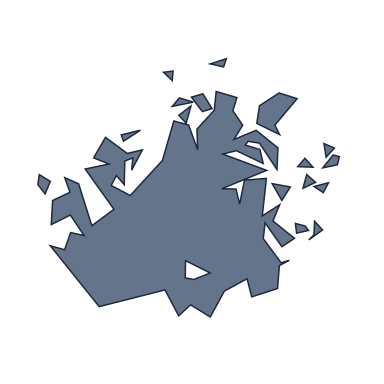 the border of South Jeolla, rotated 171°
{"feature_id": "KOR-2506", "entity_name": "South Jeolla", "entity_type": "Metropolitan City", "adm_level": 1, "iso_a3": "KOR", "parent_name": "South Korea", "parent_adm1": "", "projection": "albers", "projection_center": [126.652, 34.734], "detail": "medium", "context": "isolated", "style": "filled", "palette": "slate", "viewbox_px": 384, "rotation_deg": 171, "n_neighbors": 0, "source": "natural_earth", "source_scale": "10m", "svg_char_len": 1930}
<svg xmlns="http://www.w3.org/2000/svg" viewBox="0 0 384 384"><g transform="rotate(171 192 192)"><path d="M340.4,161.1L326.9,154.9L318.2,170.9L305.4,165.9L315.8,188.3L336.1,181.8L331.0,205.4L312.6,210.8L315.4,226.1L302.7,217.8L296.2,174.4L271.8,187.1L293.9,231.4L269.6,232.6L283.8,241.1L268.9,259.5L249.9,240.2L234.4,241.4L248.2,223.0L245.1,234.9L253.5,233.1L257.8,209.9L264.1,220.0L270.8,211.1L253.5,198.2L216.3,227.8L198.8,265.0L184.9,258.7L179.8,232.9L177.3,253.3L157.2,269.3L152.4,287.5L132.9,278.2L138.9,265.8L131.5,250.0L142.4,237.3L119.0,242.9L100.2,222.1L104.6,200.9L117.7,229.7L128.8,233.3L131.9,229.9L118.3,223.4L117.2,209.0L141.8,225.9L155.6,224.6L114.9,201.7L162.1,190.6L148.1,188.0L146.8,172.7L138.3,195.5L116.4,193.8L126.3,157.4L107.4,165.7L116.6,150.7L98.0,130.2L111.8,123.9L124.6,150.1L128.9,134.8L115.1,108.2L106.6,109.3L117.2,105.7L122.6,83.3L149.4,79.1L151.2,97.7L175.5,89.1L193.5,65.7L211.1,80.8L224.5,71.8L234.0,99.5L301.6,93.3L340.4,161.1ZM212.1,108.3L204.0,105.3L186.7,109.2L209.1,125.2L212.1,108.3ZM117.3,249.6L111.8,266.7L90.4,276.2L73.6,267.7L99.7,245.1L96.5,235.0L117.3,249.6ZM177.7,285.8L165.9,287.3L159.1,271.2L169.2,269.8L177.7,285.8ZM233.3,261.1L251.7,252.9L252.9,259.5L233.3,261.1ZM337.4,213.1L343.1,223.4L340.1,233.1L330.3,224.6L337.4,213.1ZM75.5,143.9L69.0,134.1L84.1,126.4L78.2,130.7L75.5,143.9ZM104.6,169.6L111.5,187.7L94.1,181.6L104.6,169.6ZM179.6,277.1L187.0,260.8L193.0,269.8L179.6,277.1ZM59.0,195.4L46.8,206.5L40.9,203.8L44.2,196.1L59.0,195.4ZM62.4,170.8L70.6,178.3L55.8,179.8L62.4,170.8ZM83.5,200.5L75.2,207.6L68.7,197.6L83.5,200.5ZM54.1,205.4L54.1,219.2L44.5,213.1L54.1,205.4ZM76.0,191.3L68.4,182.2L81.8,178.3L76.0,191.3ZM94.8,144.8L85.5,140.7L83.0,135.8L95.1,135.0L94.8,144.8ZM198.1,279.6L189.8,286.9L176.7,280.6L198.1,279.6ZM194.1,305.2L201.4,314.7L191.8,314.4L194.1,305.2ZM141.2,310.6L154.0,315.7L137.2,318.3L141.2,310.6Z" fill="#64748b" stroke="#1e293b" stroke-width="1.5"/></g></svg>